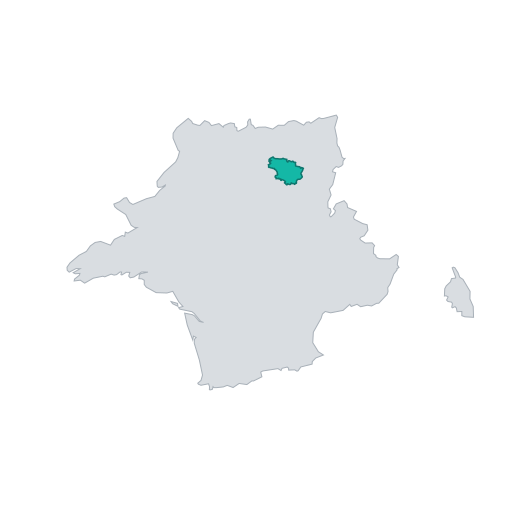 where Haute-Marne sits in France, rotated 333°
{"feature_id": "FRA-5300", "entity_name": "Haute-Marne", "entity_type": "Metropolitan department", "adm_level": 1, "iso_a3": "FRA", "parent_name": "France", "parent_adm1": "", "projection": "equal_earth", "projection_center": [5.241, 48.141], "detail": "fine", "context": "in_parent", "style": "filled", "palette": "teal", "viewbox_px": 512, "rotation_deg": 333, "n_neighbors": 0, "source": "natural_earth", "source_scale": "10m", "svg_char_len": 6688}
<svg xmlns="http://www.w3.org/2000/svg" viewBox="0 0 512 512"><g transform="rotate(333 256 256)"><path d="M379.6,209.5L376.7,210.9L375.0,213.8L373.1,214.5L369.7,214.5L368.1,212.7L364.0,213.9L362.4,215.7L364.8,218.0L356.8,227.2L351.7,229.7L350.6,235.7L344.6,240.3L342.3,245.1L342.1,246.0L343.7,247.6L343.0,250.7L340.0,252.8L340.0,254.8L340.9,255.1L345.6,253.5L347.4,251.6L346.4,249.1L351.1,246.0L359.6,246.7L360.7,250.9L359.6,254.4L365.8,261.9L360.5,265.5L360.2,267.8L365.7,275.5L369.2,278.6L367.4,283.8L361.6,287.1L357.9,286.8L356.3,287.7L356.5,289.3L359.1,294.0L365.4,297.0L366.4,300.6L364.7,301.8L361.8,307.2L363.1,309.8L362.6,311.0L363.3,312.8L365.0,314.6L373.7,319.2L381.6,318.3L382.7,321.0L377.9,328.0L378.2,331.2L375.8,331.3L375.4,332.4L370.5,334.7L362.7,341.9L359.0,344.0L357.5,347.6L355.4,349.7L344.0,353.8L341.9,352.9L336.3,353.0L332.9,350.4L326.2,348.7L324.1,344.9L317.9,344.2L317.6,341.7L308.9,344.0L296.7,340.5L292.5,336.9L288.9,337.8L285.7,341.1L272.5,349.9L267.2,359.0L268.1,369.6L271.1,374.8L263.0,374.0L258.2,375.6L256.9,377.8L245.6,375.2L241.4,377.4L240.2,377.2L238.8,375.0L233.3,372.5L234.1,370.7L233.4,369.1L228.2,367.9L226.3,369.4L224.4,366.3L209.8,361.5L207.5,361.6L206.4,366.3L197.0,366.2L195.6,365.4L189.5,366.4L183.1,361.9L175.9,362.8L171.6,358.2L167.4,357.8L161.4,355.5L158.7,354.2L158.4,352.9L156.5,355.0L154.3,354.5L153.8,353.9L155.3,351.3L155.7,348.3L148.3,346.2L146.4,344.0L146.4,342.9L150.5,341.9L154.3,337.8L158.3,323.0L161.4,305.6L163.3,302.3L165.7,301.4L163.9,299.0L161.5,302.2L163.4,286.3L166.5,274.5L172.6,279.3L174.0,281.4L175.7,288.5L179.1,291.4L176.9,288.6L174.9,279.2L173.6,276.5L163.9,268.7L163.6,266.9L168.0,267.8L166.4,262.0L165.8,249.7L159.8,248.5L150.4,243.3L144.1,234.0L143.5,230.6L145.4,226.9L144.0,224.6L141.3,223.0L143.6,219.8L145.5,219.5L152.4,221.3L146.9,218.3L137.6,219.3L134.0,218.3L133.5,216.1L136.1,213.3L133.1,211.6L127.9,212.0L127.2,211.3L128.9,209.3L127.6,208.5L123.3,209.3L120.9,208.6L118.7,206.4L111.8,205.9L110.4,204.5L101.0,201.9L91.0,202.4L88.5,197.8L82.6,195.7L83.8,194.2L90.0,192.9L91.2,191.6L86.9,189.8L85.5,187.9L93.6,187.5L90.0,185.5L82.2,185.6L81.3,183.0L82.5,180.2L87.2,177.7L98.7,175.0L107.0,174.9L113.0,171.8L118.8,170.9L124.2,172.5L131.3,180.3L137.3,176.9L146.2,177.0L147.9,178.9L150.4,175.4L152.3,177.4L163.1,176.7L160.6,175.3L158.7,172.0L158.8,159.9L153.7,151.1L152.5,147.9L152.9,145.2L159.3,145.7L164.7,144.5L167.2,145.3L167.6,150.9L169.7,154.2L184.4,155.2L192.9,157.0L200.1,153.8L206.9,152.4L207.5,151.6L203.6,151.9L200.1,150.5L199.7,149.0L201.6,144.6L212.0,139.8L227.1,135.7L231.0,132.9L235.5,128.0L234.6,126.7L235.6,113.3L237.9,109.0L243.6,105.8L258.1,102.6L259.8,106.9L259.7,109.2L263.5,113.0L265.3,114.2L271.7,112.1L274.7,115.6L275.5,119.6L283.1,121.2L285.3,126.4L286.7,125.2L291.5,125.5L293.7,125.9L296.8,128.2L295.8,131.3L297.2,132.8L295.9,135.6L296.8,136.8L305.6,136.8L308.2,135.5L309.4,132.7L312.1,131.0L313.1,131.5L311.4,136.8L312.6,138.2L313.2,142.0L316.5,142.3L323.0,145.4L328.5,150.5L335.2,149.6L340.5,152.4L346.0,151.0L351.2,152.5L353.0,154.0L357.9,161.1L361.6,159.7L364.2,160.6L365.1,162.6L375.0,161.4L376.8,163.4L378.9,164.2L391.5,166.9L391.7,169.5L384.5,177.2L381.5,188.2L379.4,192.0L378.7,194.9L379.3,196.8L379.0,199.8L377.5,207.0L378.4,209.1L379.6,209.5ZM428.4,362.6L427.9,367.4L429.8,370.8L430.7,384.7L427.1,391.4L426.6,399.6L422.0,409.4L414.5,405.0L412.3,402.6L414.2,398.9L409.9,396.9L410.9,393.3L410.4,391.5L407.4,391.3L407.2,390.4L409.4,387.6L409.3,385.9L406.4,383.7L405.8,381.8L408.6,379.7L407.3,377.7L405.7,377.2L409.3,370.9L411.9,369.0L417.6,367.3L419.9,364.9L423.7,366.2L424.3,365.6L425.4,355.6L426.7,355.5L427.9,356.8L428.4,362.6ZM164.6,262.6L163.6,265.4L160.0,260.6L159.6,258.0L164.6,262.6Z" fill="#d9dde1" stroke="#a8b0b8" stroke-width="1"/><path d="M313.1,175.5L316.1,175.5L316.3,175.7L316.4,176.6L316.5,176.9L316.7,177.2L316.9,177.5L317.2,177.8L318.0,178.4L319.1,178.9L320.8,180.1L322.8,181.1L323.2,181.2L324.0,181.2L324.4,181.3L324.6,181.4L324.6,181.5L324.9,182.0L327.3,183.9L327.0,184.4L326.5,184.9L326.5,185.1L326.5,185.3L326.6,185.5L326.6,186.1L326.7,186.4L326.9,186.6L327.0,186.7L327.4,186.4L327.5,186.2L327.8,186.0L328.0,186.0L328.5,186.0L328.8,186.2L329.2,186.5L329.7,187.4L330.1,187.8L330.4,188.1L330.6,188.2L331.1,188.1L331.4,188.1L331.7,188.2L331.9,188.3L332.0,188.4L332.0,188.5L332.1,188.8L332.0,189.1L332.1,189.4L332.2,189.5L333.0,190.0L333.5,190.3L333.6,190.6L333.7,190.8L333.3,191.1L333.1,191.3L333.0,191.5L333.0,192.0L332.9,192.3L332.4,193.1L332.4,193.4L332.3,193.6L332.2,193.8L332.3,194.0L332.7,194.3L333.6,195.0L334.0,195.4L334.3,195.6L334.5,195.8L334.8,195.8L335.0,196.0L335.3,196.2L335.5,196.4L335.6,196.6L335.6,196.8L335.5,197.5L335.6,198.0L335.9,198.2L336.1,198.1L336.3,197.9L336.8,197.9L337.8,199.0L338.0,199.4L337.9,199.5L337.6,199.8L337.4,199.8L337.1,199.9L336.9,200.2L336.4,200.9L336.1,201.1L333.6,202.7L333.3,203.1L333.2,203.3L333.4,203.9L333.5,204.2L333.3,204.8L333.2,205.2L333.2,205.5L333.3,205.7L333.3,206.0L333.2,206.4L333.0,206.6L332.8,206.8L330.5,207.5L330.2,207.5L329.7,207.4L328.4,206.8L328.0,206.7L327.6,206.9L327.0,207.0L326.8,207.0L326.5,207.1L326.3,207.3L326.1,207.5L325.3,209.1L325.2,209.3L325.0,209.5L324.8,209.5L324.6,209.2L324.3,209.0L324.1,209.1L323.4,209.6L323.1,209.7L322.9,209.6L322.8,209.3L322.7,208.8L322.6,208.7L322.2,208.5L321.6,208.2L321.2,207.9L321.0,207.6L320.9,207.4L320.9,207.2L320.6,206.9L320.3,207.0L320.2,207.1L320.0,207.3L319.9,207.4L319.8,207.6L319.6,207.7L319.4,207.8L319.2,207.8L318.9,207.8L318.7,207.7L318.2,207.4L318.0,207.2L317.7,206.9L317.3,206.3L317.1,206.1L316.8,206.0L316.6,206.2L316.4,206.5L316.2,206.6L315.8,206.6L315.6,206.4L315.4,206.0L315.3,205.7L315.2,204.8L315.2,204.7L315.0,204.4L314.7,204.1L314.6,203.9L314.7,203.7L314.8,203.5L315.1,203.4L315.5,203.4L315.8,203.4L315.9,203.2L316.0,203.1L316.0,202.9L315.9,202.7L315.5,201.8L315.0,201.0L313.7,199.6L313.3,199.7L313.2,200.0L312.8,200.1L312.6,200.0L312.5,199.7L312.6,199.2L312.8,198.9L312.9,198.7L312.6,198.3L311.7,198.0L311.5,197.9L311.4,197.7L311.6,197.3L311.6,197.1L311.3,197.0L309.8,196.7L309.0,196.2L309.5,195.5L308.9,194.4L309.3,193.7L309.7,193.4L310.1,193.3L310.5,193.3L311.8,193.6L312.1,193.4L312.4,193.0L312.5,192.4L312.5,191.7L312.9,191.2L313.0,191.0L313.0,190.7L312.6,187.9L312.4,187.7L312.1,187.5L312.0,187.4L311.9,187.2L312.0,186.8L312.1,186.6L312.1,186.4L312.0,186.2L311.0,185.9L310.9,185.8L310.4,185.0L309.5,184.5L308.6,183.4L307.7,182.9L307.6,182.6L307.6,182.4L308.2,181.6L308.3,181.3L308.4,180.9L308.4,180.4L310.8,180.3L311.1,180.2L311.2,179.9L310.7,179.1L310.8,178.8L310.9,178.5L311.2,178.3L312.6,177.9L312.8,177.9L312.4,177.0L311.4,176.9L310.9,177.0L311.6,175.9L313.1,175.5Z" fill="#14b8a6" stroke="#0f766e" stroke-width="1.5"/></g></svg>